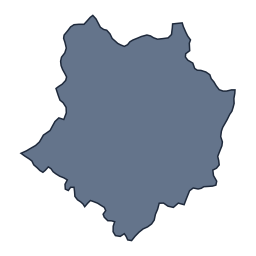 Monte Azul Paulista, São Paulo, Brazil
{"feature_id": "56859067B11671579354864", "entity_name": "Monte Azul Paulista", "entity_type": "district", "adm_level": 2, "iso_a3": "BRA", "parent_name": "Brazil", "parent_adm1": "São Paulo", "projection": "albers", "projection_center": [-48.686, -20.912], "detail": "fine", "context": "isolated", "style": "filled", "palette": "slate", "viewbox_px": 256, "rotation_deg": 0, "n_neighbors": 0, "source": "geoboundaries", "source_scale": "gbopen_adm2", "svg_char_len": 2144}
<svg xmlns="http://www.w3.org/2000/svg" viewBox="0 0 256 256"><path d="M183.4,26.8L182.2,22.9L172.6,23.9L172.3,28.0L171.5,34.5L168.1,37.9L162.8,38.6L157.5,39.2L153.4,37.7L150.5,35.9L146.9,35.0L141.4,36.5L137.6,38.1L132.9,40.0L129.9,41.8L127.6,44.7L124.3,46.4L120.4,44.8L117.7,43.4L115.2,41.1L112.2,38.5L110.0,33.9L106.7,30.2L103.7,29.5L100.4,27.3L98.7,24.1L96.0,18.9L92.8,15.4L90.3,17.3L87.1,20.9L84.0,24.3L78.7,24.3L74.0,24.7L70.6,26.9L67.9,30.5L64.1,35.1L63.6,38.3L65.0,42.5L66.3,48.1L64.8,52.9L61.5,57.2L60.6,61.3L61.1,65.6L62.6,69.5L65.1,74.0L66.6,77.0L65.7,80.4L62.2,84.2L58.6,86.5L56.0,88.5L58.3,95.6L60.0,100.2L63.1,102.7L66.1,107.4L66.3,112.9L63.8,119.5L58.8,117.9L55.0,121.5L52.6,125.8L50.1,130.5L43.4,135.1L41.3,138.8L39.4,142.0L35.6,145.5L30.0,148.7L26.5,150.8L21.0,153.3L25.0,156.2L29.5,159.1L31.9,161.0L33.8,164.9L37.0,167.6L39.9,170.5L42.9,172.3L45.3,170.3L48.3,166.9L51.0,168.7L53.1,171.7L55.7,173.7L59.7,176.2L63.8,177.8L67.3,179.9L65.0,184.3L65.3,189.1L68.3,190.5L70.6,187.3L74.0,187.3L74.5,191.2L74.9,196.4L77.5,199.8L80.7,201.9L83.0,204.0L84.7,206.7L87.7,203.2L90.4,200.5L93.3,201.5L97.6,203.2L100.9,205.3L104.3,207.4L105.7,210.6L103.1,214.2L104.3,217.3L107.8,220.7L111.4,220.8L114.7,221.7L113.2,226.2L113.1,231.7L115.4,235.6L120.2,236.4L124.3,233.7L126.2,236.5L127.7,239.9L131.6,240.6L135.1,236.2L139.1,232.1L143.1,228.9L147.6,226.9L151.6,223.9L154.2,220.1L155.4,214.4L157.6,209.2L159.2,203.2L163.6,203.1L168.0,206.2L173.4,207.4L178.3,203.1L184.1,204.7L186.3,198.9L188.3,193.9L189.6,190.7L193.2,188.0L198.1,189.0L201.2,188.3L203.8,186.7L208.5,186.4L212.5,186.1L215.9,185.1L216.7,181.2L213.5,175.6L212.8,170.1L216.5,168.2L219.2,164.9L218.7,160.6L217.7,156.4L220.2,150.0L221.9,145.8L222.4,141.9L220.7,136.7L221.4,131.2L222.7,127.4L227.0,119.9L229.7,114.4L231.9,111.2L233.1,107.4L234.1,103.5L233.9,98.5L234.8,93.4L235.0,89.9L231.4,89.9L226.4,91.1L223.1,91.1L219.2,89.7L216.2,85.8L213.9,81.9L211.2,78.7L209.8,74.7L205.9,72.0L200.9,70.4L197.3,70.2L194.7,68.5L192.8,63.1L187.7,60.1L185.4,57.0L185.7,53.7L189.7,50.7L189.3,43.2L190.5,39.9L187.7,36.1L185.9,32.5L183.4,26.8Z" fill="#64748b" stroke="#1e293b" stroke-width="1.5"/></svg>